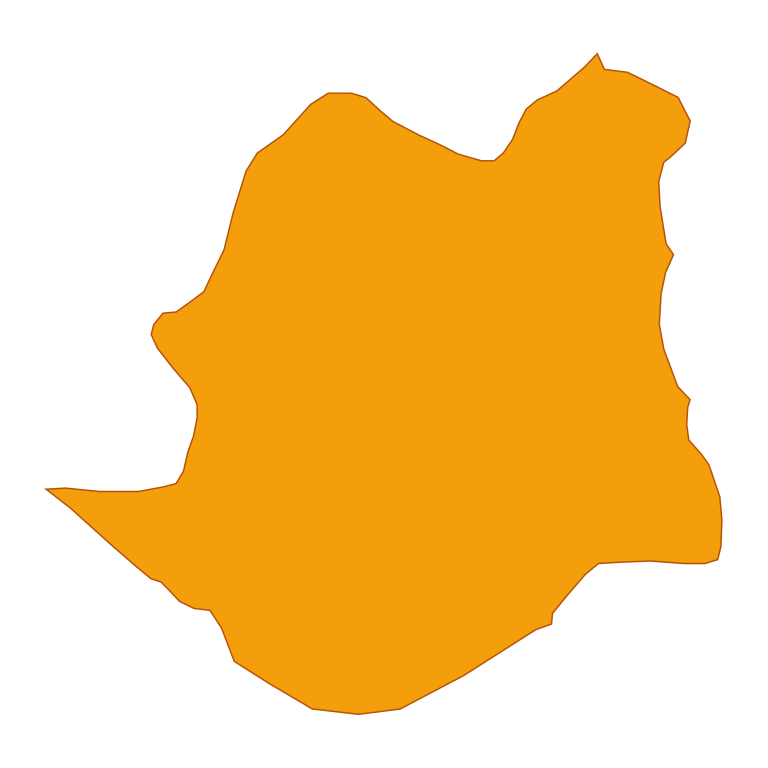 map outline of Demir Kapija (Robinson projection)
{"feature_id": "MKD-2927", "entity_name": "Demir Kapija", "entity_type": "Statistical Region", "adm_level": 1, "iso_a3": "MKD", "parent_name": "North Macedonia", "parent_adm1": "", "projection": "robinson", "projection_center": [22.23, 41.383], "detail": "fine", "context": "isolated", "style": "filled", "palette": "amber", "viewbox_px": 768, "rotation_deg": 0, "n_neighbors": 0, "source": "natural_earth", "source_scale": "10m", "svg_char_len": 1316}
<svg xmlns="http://www.w3.org/2000/svg" viewBox="0 0 768 768"><path d="M481.3,160.8L494.1,160.8L503.3,153.0L512.5,139.5L519.1,122.6L526.4,108.9L537.4,99.9L556.9,90.9L584.4,67.2L597.3,53.7L604.4,69.4L627.5,72.3L657.6,87.1L678.1,97.4L690.2,121.1L685.2,143.2L670.8,156.7L663.7,162.4L658.7,181.7L660.1,206.8L666.1,243.8L673.5,254.7L665.6,272.4L661.1,293.8L659.3,324.4L663.8,349.2L677.7,386.6L690.1,399.7L687.7,407.3L686.7,424.4L688.8,440.1L701.7,454.6L709.0,465.0L719.8,496.7L721.9,520.2L720.9,546.5L717.7,559.6L704.9,563.5L683.3,563.5L650.2,561.0L620.0,562.2L598.5,563.5L585.6,574.1L567.5,595.0L552.5,613.4L551.5,624.0L535.7,629.7L463.7,675.5L400.1,709.0L358.4,714.3L312.4,709.0L270.6,684.4L234.3,661.4L221.5,628.0L209.9,610.3L194.2,608.5L179.7,601.5L169.7,590.9L161.1,582.1L150.8,578.6L138.0,568.0L113.3,546.7L70.8,508.4L46.1,489.2L50.3,489.0L65.3,488.1L99.4,491.5L138.3,491.5L163.0,487.0L176.1,483.6L183.5,471.1L187.9,452.0L193.5,436.2L197.1,418.1L197.1,404.6L189.8,387.7L173.3,368.5L157.5,348.2L151.2,334.6L153.8,324.5L163.0,313.2L176.2,312.0L191.7,300.8L203.8,291.8L212.9,272.6L224.0,250.0L233.2,212.7L246.1,171.0L257.4,153.0L283.1,134.9L310.7,104.4L328.2,93.2L351.3,93.2L366.0,97.7L380.7,111.2L392.8,121.4L418.5,134.9L440.6,145.1L458.2,154.1L481.3,160.8Z" fill="#f59e0b" stroke="#b45309" stroke-width="1.5"/></svg>